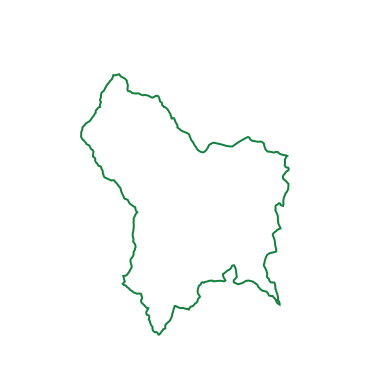 outline of Tsento, Paro, Bhutan, rotated 155°
{"feature_id": "84629894B34516930524400", "entity_name": "Tsento", "entity_type": "district", "adm_level": 2, "iso_a3": "BTN", "parent_name": "Bhutan", "parent_adm1": "Paro", "projection": "robinson", "projection_center": [89.316, 27.609], "detail": "fine", "context": "isolated", "style": "outline", "palette": "green", "viewbox_px": 384, "rotation_deg": 155, "n_neighbors": 0, "source": "geoboundaries", "source_scale": "gbopen_adm2", "svg_char_len": 6010}
<svg xmlns="http://www.w3.org/2000/svg" viewBox="0 0 384 384"><g transform="rotate(155 192 192)"><path d="M204.0,320.7L204.3,321.3L204.8,322.8L205.2,323.6L207.7,326.9L208.2,329.5L211.5,330.0L213.6,330.8L213.9,331.1L216.4,328.5L217.0,328.0L218.8,327.5L222.4,325.6L223.7,325.1L226.2,323.1L226.8,322.9L228.2,321.6L229.2,321.0L231.5,320.4L232.2,320.0L233.6,318.3L234.1,316.8L236.3,314.5L236.7,313.6L236.5,312.1L238.7,309.8L239.3,308.0L240.9,308.1L244.5,306.6L245.1,306.1L245.8,304.5L246.4,304.4L248.8,302.7L252.7,300.7L253.9,299.8L254.7,299.5L259.0,299.0L264.0,296.8L264.5,296.2L264.9,295.0L267.1,293.1L268.3,290.5L269.1,289.3L269.2,288.3L268.9,285.5L268.1,284.1L268.0,283.2L267.5,281.6L267.4,280.0L265.3,277.3L265.5,275.9L265.3,273.8L265.2,273.2L264.4,272.0L264.2,271.4L264.2,270.3L266.1,267.3L266.7,266.0L266.5,265.4L265.9,264.5L265.6,263.3L265.8,262.5L266.4,261.8L266.6,260.7L266.5,259.5L265.8,257.6L265.8,255.8L265.4,255.0L264.1,253.9L263.9,253.3L264.2,251.0L264.0,249.0L264.9,246.5L265.0,245.0L265.3,244.2L265.1,243.1L265.1,242.2L262.3,239.0L261.9,238.3L261.0,237.6L260.6,236.8L260.1,236.4L259.4,236.3L258.0,235.8L257.5,235.2L257.3,233.4L256.6,231.8L255.3,225.8L255.4,224.3L255.9,222.3L256.0,217.9L255.8,216.8L256.2,215.7L255.8,214.2L254.3,212.9L253.5,211.7L253.5,208.8L253.3,207.7L251.0,203.6L250.5,202.9L249.9,202.3L249.9,202.0L250.4,200.6L250.7,198.9L250.6,198.0L250.1,196.8L252.1,195.9L255.7,193.0L256.3,192.4L256.9,190.4L258.0,189.1L258.3,187.6L259.4,185.3L261.6,181.5L263.4,179.3L264.5,176.6L264.9,174.0L266.3,171.8L265.8,169.8L265.8,167.5L266.6,165.6L267.5,164.9L268.1,163.9L270.2,162.4L271.5,159.8L272.8,158.7L276.1,156.8L276.8,156.0L277.4,154.0L277.9,150.5L278.7,149.0L280.1,148.2L282.0,146.7L283.9,145.5L286.3,144.3L287.4,144.2L289.8,144.9L290.5,141.5L290.7,139.4L290.9,139.1L293.6,138.1L293.1,136.6L291.6,135.3L291.0,133.4L289.8,131.0L289.4,129.4L287.7,126.7L287.5,125.9L284.8,123.0L284.1,123.0L281.8,121.7L281.2,121.3L281.1,121.0L281.5,120.3L281.9,117.0L282.3,116.5L283.7,115.7L284.4,114.1L284.5,113.2L284.0,111.7L283.0,109.2L282.5,107.4L281.9,106.1L281.0,105.4L280.7,105.1L281.4,104.5L281.9,104.4L282.3,103.9L284.2,102.6L284.6,101.5L284.8,100.1L284.8,99.8L283.4,98.4L283.2,97.6L283.9,96.0L285.2,94.6L284.7,93.6L285.4,89.2L284.9,86.5L285.0,85.8L285.5,85.2L285.7,84.4L285.8,82.6L285.3,81.1L284.2,80.2L283.3,79.9L283.0,79.6L282.8,78.4L282.7,77.0L282.3,76.7L281.9,76.7L280.4,77.3L278.0,78.7L276.9,79.1L276.0,79.8L274.8,79.6L273.8,79.7L273.2,81.2L272.6,82.3L271.7,83.2L270.8,83.3L269.1,84.0L267.2,84.4L265.6,85.4L264.0,86.7L262.7,87.9L261.2,90.1L260.0,91.2L258.1,93.7L256.8,94.9L256.0,96.0L255.8,96.0L254.5,95.0L253.5,93.4L252.2,92.5L251.6,91.7L249.0,90.6L246.9,88.6L245.3,88.0L244.9,87.0L244.4,86.8L243.7,87.5L242.0,88.6L240.7,88.5L239.4,88.2L236.4,89.6L235.5,89.6L233.4,90.5L231.6,92.6L229.1,93.6L229.0,94.4L229.4,96.8L229.3,98.6L228.2,100.8L225.4,104.1L223.5,104.4L221.8,105.7L220.9,105.9L220.2,105.6L219.8,104.9L219.1,104.7L218.4,104.9L217.6,104.8L215.8,104.4L213.9,104.3L212.5,103.6L211.8,103.6L211.2,103.2L210.6,102.2L209.2,101.7L208.2,101.1L206.7,100.8L203.1,99.2L200.9,97.6L200.0,97.4L199.1,97.8L199.3,99.9L199.4,102.0L199.1,103.3L198.6,104.6L197.6,104.6L192.9,105.8L190.3,105.9L189.1,106.4L187.1,108.0L185.9,108.2L184.8,107.7L184.8,104.3L185.6,101.2L186.4,99.3L187.2,96.2L189.1,95.2L191.0,94.6L191.6,94.1L192.3,92.5L190.6,90.5L189.7,89.3L188.4,88.7L184.5,88.2L180.7,88.7L178.1,87.8L174.8,85.2L172.0,80.3L172.1,78.4L170.7,74.0L169.5,72.4L167.1,70.7L166.5,69.9L166.0,68.0L166.0,65.7L165.9,65.5L164.0,64.1L163.1,63.8L162.7,63.4L162.5,61.6L161.9,60.6L161.8,58.9L161.5,58.1L161.6,57.5L161.8,57.3L161.7,55.7L161.4,54.9L160.2,52.9L159.8,53.7L159.4,55.6L159.6,56.6L159.7,58.4L159.0,59.2L158.5,60.5L157.8,63.6L157.8,64.9L157.3,67.8L157.3,68.8L157.0,70.0L156.3,71.3L155.6,74.3L155.7,75.2L159.0,77.0L159.3,79.1L159.1,80.4L159.2,81.5L159.6,81.9L159.9,83.2L159.4,84.5L158.3,86.2L158.0,87.2L158.0,88.4L157.8,89.4L157.8,92.7L158.0,94.3L157.9,95.0L157.5,96.0L156.5,96.9L155.7,97.9L155.4,98.7L153.6,100.4L153.1,101.2L150.5,103.2L148.2,103.7L146.5,103.6L143.5,102.8L142.6,102.8L140.8,102.5L139.9,104.6L139.1,108.6L137.5,113.3L137.2,115.4L137.1,118.0L136.8,119.4L135.6,120.2L130.1,121.7L127.2,121.5L127.0,121.9L127.1,124.8L127.1,126.5L126.9,127.5L125.9,130.6L124.5,133.5L124.2,135.0L124.1,140.5L123.3,141.4L122.3,144.0L121.5,144.4L120.9,144.4L117.6,145.0L117.0,144.2L117.1,142.8L115.4,140.9L114.1,142.6L113.6,144.0L112.9,145.6L111.3,147.9L110.1,149.1L109.2,149.6L108.0,151.2L106.1,152.0L104.6,153.1L103.4,154.3L101.1,158.6L102.8,163.5L103.4,164.4L103.8,165.7L103.4,166.8L102.9,167.8L102.0,168.6L99.9,169.5L98.9,170.3L97.8,170.7L95.6,170.9L94.8,171.6L94.4,172.6L94.8,173.7L95.8,174.1L96.6,175.2L96.5,175.9L96.8,176.6L96.6,177.4L95.8,178.3L94.3,181.6L93.5,182.6L91.5,184.1L90.4,184.4L91.3,185.5L93.3,186.7L96.0,189.1L96.7,190.1L97.4,192.1L99.0,192.9L101.1,193.1L103.8,195.2L106.4,196.7L107.4,199.6L107.1,201.6L107.1,203.0L106.3,205.5L107.6,208.2L111.2,209.8L115.4,212.7L117.0,214.8L117.0,217.0L118.0,218.2L121.2,218.2L128.3,217.6L136.2,216.2L138.9,217.6L141.9,219.7L145.1,222.6L151.6,227.6L153.5,227.7L156.4,227.5L159.4,225.2L161.7,223.8L164.3,223.1L165.6,223.4L167.3,224.9L168.5,226.7L169.3,228.8L169.3,230.0L169.9,233.6L170.1,237.1L170.7,239.3L170.6,242.8L170.3,245.2L170.7,246.3L172.2,248.3L174.7,250.8L176.0,252.7L176.5,253.7L176.6,254.3L178.0,256.6L177.0,258.5L177.4,262.7L177.1,264.1L177.1,266.5L177.8,266.9L179.2,267.0L179.5,267.3L179.0,269.3L179.0,270.5L178.7,271.3L179.0,275.7L179.2,277.2L180.3,280.0L180.6,280.4L181.5,280.9L181.7,282.3L182.3,283.0L181.6,285.8L182.6,287.3L182.6,287.6L182.6,288.4L182.2,289.5L182.0,292.1L182.2,293.0L182.6,293.6L183.6,294.3L185.1,294.4L185.6,294.2L187.1,294.2L188.1,294.3L189.8,296.1L190.6,297.5L192.3,298.9L193.4,299.7L195.3,300.3L196.0,300.8L197.7,302.5L198.2,303.4L198.8,304.0L202.7,305.8L204.3,306.9L204.8,307.6L205.0,308.4L205.5,309.4L206.0,309.8L207.2,310.3L207.3,312.0L205.0,315.9L204.5,319.5L204.0,320.7Z" fill="none" stroke="#15803d" stroke-width="2"/></g></svg>